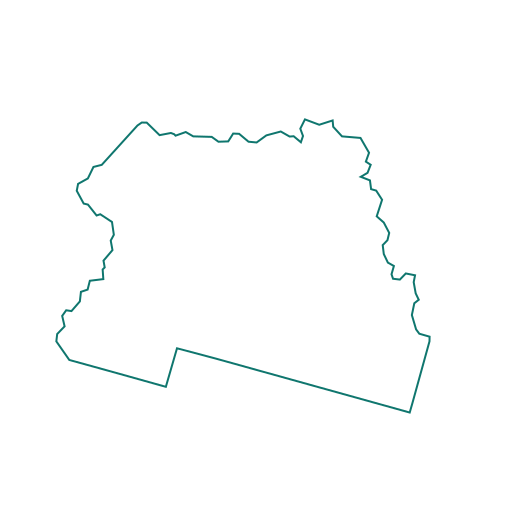 Jefferson, Montana, United States of America, rotated 106°
{"feature_id": "52423323B8727370524595", "entity_name": "Jefferson", "entity_type": "district", "adm_level": 2, "iso_a3": "USA", "parent_name": "United States of America", "parent_adm1": "Montana", "projection": "albers", "projection_center": [-112.213, 46.159], "detail": "fine", "context": "isolated", "style": "outline", "palette": "teal", "viewbox_px": 512, "rotation_deg": 106, "n_neighbors": 0, "source": "geoboundaries", "source_scale": "gbopen_adm2", "svg_char_len": 1305}
<svg xmlns="http://www.w3.org/2000/svg" viewBox="0 0 512 512"><g transform="rotate(106 256 256)"><path d="M364.1,65.1L354.7,65.1L290.2,65.7L285.7,66.9L285.7,77.6L282.4,81.9L269.8,89.9L257.8,90.8L253.2,87.5L247.9,92.2L237.7,97.2L230.7,97.8L231.5,107.2L239.0,111.2L240.1,118.0L236.2,120.7L227.6,120.7L226.0,127.4L218.9,133.7L210.6,137.2L204.6,134.0L197.1,134.3L188.6,142.4L184.6,150.9L167.2,150.3L160.0,158.5L160.0,163.8L151.9,167.3L151.0,177.1L145.3,171.7L136.7,170.9L135.0,176.4L125.6,175.8L113.7,188.1L117.3,206.3L110.5,217.4L104.6,219.7L112.4,231.4L111.2,246.6L121.4,248.5L127.7,243.9L134.3,244.2L130.5,252.8L131.9,256.6L129.5,266.5L137.2,279.3L146.7,286.7L148.2,294.7L143.2,305.9L144.6,311.7L148.8,312.9L153.5,314.3L156.5,323.6L153.7,331.4L158.3,349.3L156.2,357.7L162.5,366.5L161.5,368.2L161.2,371.7L166.4,382.0L157.9,397.8L159.2,402.6L163.2,405.9L210.9,429.4L215.2,436.8L227.8,439.0L235.7,446.9L242.7,446.3L253.1,436.1L252.9,431.7L261.0,420.4L258.8,417.2L263.0,403.8L274.8,398.5L281.2,399.9L289.9,395.6L302.5,401.3L308.7,398.3L311.2,399.7L320.3,396.4L325.6,408.9L334.7,408.6L338.7,414.4L348.2,412.8L359.8,418.2L360.5,423.5L367.0,425.8L376.4,420.6L385.8,425.6L393.1,424.4L407.4,406.8L407.0,366.7L406.6,306.6L366.5,306.5L365.7,266.4L364.1,65.1Z" fill="none" stroke="#0f766e" stroke-width="2"/></g></svg>